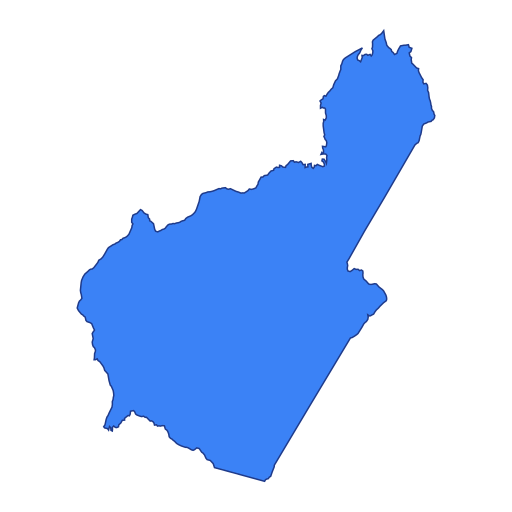 Alto Garças, Mato Grosso, Brazil (Equal Earth projection)
{"feature_id": "56859067B91016668393749", "entity_name": "Alto Garças", "entity_type": "district", "adm_level": 2, "iso_a3": "BRA", "parent_name": "Brazil", "parent_adm1": "Mato Grosso", "projection": "equal_earth", "projection_center": [-53.581, -16.842], "detail": "fine", "context": "isolated", "style": "filled", "palette": "blue", "viewbox_px": 512, "rotation_deg": 0, "n_neighbors": 0, "source": "geoboundaries", "source_scale": "gbopen_adm2", "svg_char_len": 5993}
<svg xmlns="http://www.w3.org/2000/svg" viewBox="0 0 512 512"><path d="M348.9,258.9L364.6,231.0L384.5,197.4L414.9,145.0L416.8,143.3L418.1,142.7L419.1,140.7L420.1,135.9L420.8,134.4L421.2,132.5L422.3,126.1L423.8,124.0L426.6,122.9L428.1,122.0L431.1,121.4L432.0,120.3L433.2,119.7L434.4,117.9L434.8,115.5L434.1,114.2L433.6,111.8L432.3,110.3L431.5,108.4L431.5,106.5L430.9,104.7L430.7,103.0L430.2,100.8L429.5,99.1L429.1,97.0L428.6,92.6L427.6,90.4L427.8,87.8L427.4,85.1L426.1,83.4L423.7,83.8L422.9,82.2L423.1,79.7L421.5,77.4L419.0,72.5L418.4,70.7L418.6,68.6L416.6,68.0L412.9,64.1L411.7,63.1L411.5,61.3L411.2,59.7L411.5,57.6L409.9,56.0L409.2,52.9L410.9,51.6L411.9,48.3L409.2,47.3L408.4,44.7L405.5,45.2L404.1,45.2L400.5,45.9L398.6,49.1L397.6,51.2L396.9,53.4L394.5,54.5L393.2,52.6L391.7,51.4L391.2,49.6L389.9,48.4L388.7,47.6L386.8,45.3L386.2,42.6L384.9,38.9L383.7,30.7L381.5,33.6L379.7,35.0L378.6,35.4L377.6,36.5L373.1,40.2L372.4,41.9L372.6,43.8L372.5,47.2L371.9,48.6L372.9,50.9L372.7,53.0L372.2,54.8L371.2,56.0L370.1,54.4L367.8,55.3L366.7,54.3L365.1,54.4L363.4,55.6L362.0,55.4L362.2,57.6L360.6,61.8L359.3,60.7L357.7,60.0L357.1,58.1L357.4,56.4L358.2,54.7L359.7,52.9L361.0,49.9L362.4,47.9L355.3,51.6L345.3,57.9L343.5,59.5L342.6,61.1L341.8,63.9L340.8,65.8L340.8,69.5L340.1,71.1L339.1,73.8L338.7,75.4L337.4,78.9L335.5,80.8L333.7,84.7L332.8,87.8L331.2,89.2L329.9,90.9L328.3,92.4L327.3,93.8L325.9,96.2L324.4,95.6L323.4,96.4L323.0,98.8L321.2,99.9L320.0,101.0L321.1,103.0L320.5,105.4L320.5,108.2L322.3,107.3L323.3,108.0L324.7,108.0L325.5,109.2L325.5,113.0L326.3,115.7L326.3,117.9L325.1,120.1L323.6,119.5L323.7,121.5L323.2,123.2L323.2,126.0L324.1,132.7L324.7,134.9L323.9,136.5L324.6,137.8L325.2,139.5L326.3,140.6L326.8,142.7L326.4,145.6L325.7,146.8L322.5,146.3L322.7,148.1L323.4,149.7L323.6,152.4L322.9,154.0L325.7,154.0L327.0,155.5L326.6,157.5L326.8,159.9L326.4,163.3L325.8,161.9L324.1,159.2L322.3,159.1L321.9,160.9L323.5,162.1L324.4,164.3L324.3,166.1L322.8,166.7L319.1,165.3L317.3,164.4L316.0,165.7L314.5,165.4L314.2,167.2L313.2,168.4L311.8,167.3L311.2,165.2L311.1,163.4L307.8,164.4L307.9,166.9L306.6,167.0L305.1,167.6L305.2,164.4L303.1,164.7L301.9,162.6L300.7,161.3L298.6,162.5L296.1,161.8L294.4,162.2L293.3,160.7L290.6,160.9L287.5,164.6L286.1,165.6L285.5,167.4L282.9,167.1L281.4,165.8L279.6,165.3L279.5,167.4L277.9,167.5L276.4,167.1L274.0,168.7L273.6,170.3L271.0,171.0L269.1,173.0L267.6,175.1L264.3,175.6L262.8,177.1L261.1,177.1L258.3,182.1L258.0,184.3L256.8,186.1L255.9,187.9L253.2,189.0L251.4,189.4L249.3,189.0L248.0,190.6L244.3,193.0L242.7,192.9L240.9,193.1L238.6,192.1L236.1,191.4L230.4,188.7L228.3,189.3L226.6,188.7L225.5,187.7L222.0,188.1L220.7,188.8L218.9,188.6L214.0,190.7L212.1,191.3L209.9,191.8L207.9,191.9L205.9,192.7L203.0,193.4L201.5,194.4L200.1,196.6L199.2,201.4L196.5,209.2L195.5,211.3L194.7,212.5L192.6,214.6L190.9,215.8L187.7,217.1L185.8,218.5L184.6,220.3L182.3,220.9L181.0,221.4L179.9,222.2L178.4,222.7L176.4,223.0L174.6,223.7L173.0,223.5L171.3,224.1L169.8,224.1L168.2,224.7L166.4,226.6L165.4,228.1L163.9,229.1L162.3,229.5L160.8,230.5L159.2,231.1L157.7,231.9L155.6,231.2L154.7,229.3L153.5,223.7L150.8,221.3L149.7,220.8L149.6,219.1L148.3,217.7L147.8,214.6L146.1,214.2L144.1,213.0L142.1,210.5L140.5,209.6L136.9,213.5L135.1,214.1L132.9,215.2L132.4,217.2L131.7,219.1L131.7,222.3L132.9,223.9L132.1,225.5L131.8,227.7L128.9,234.3L127.3,236.1L125.8,237.2L124.5,237.8L123.1,238.2L121.8,239.6L120.5,239.8L119.4,241.4L117.6,242.5L116.0,243.1L114.8,244.1L113.0,244.7L108.5,247.6L107.3,249.3L104.7,254.0L102.7,257.2L100.9,259.0L98.8,260.2L97.8,262.5L93.8,267.7L92.2,269.0L90.7,269.2L89.5,269.8L87.9,271.4L84.9,274.0L83.1,276.8L81.6,280.4L81.2,282.5L80.4,290.3L80.7,292.5L81.3,294.6L81.9,298.3L80.5,300.2L79.5,301.0L78.6,302.8L77.2,308.0L78.5,310.6L81.4,314.1L82.7,314.8L83.6,315.9L85.2,317.1L85.9,320.3L87.0,321.6L90.2,322.7L91.7,323.7L93.4,327.9L94.5,330.1L93.1,332.0L92.2,333.6L93.2,338.6L92.2,342.1L92.6,344.8L93.3,346.6L94.5,347.7L95.5,350.0L95.3,351.7L94.6,353.5L94.4,358.0L94.1,359.7L95.5,359.7L97.2,358.8L98.0,360.5L99.9,361.8L102.9,365.9L103.9,367.7L104.7,370.4L107.9,374.0L109.0,380.5L110.3,385.2L111.3,386.2L113.2,390.6L113.6,393.1L113.8,395.5L113.3,397.5L113.1,399.4L112.3,401.6L112.4,404.3L112.0,407.1L109.1,413.0L108.0,415.6L107.0,417.0L106.2,419.3L105.0,424.8L103.7,426.7L104.6,427.9L107.5,428.6L108.6,430.1L109.5,426.5L110.7,427.7L111.0,430.4L112.3,431.0L112.5,429.3L112.4,427.4L113.7,426.0L115.3,427.4L116.7,427.6L118.5,426.8L118.8,424.8L120.8,423.0L122.3,420.3L124.6,420.1L124.5,418.4L127.0,416.3L128.1,415.5L129.4,415.8L130.2,414.1L130.5,411.2L133.6,410.6L134.8,412.0L135.6,414.0L136.9,415.0L139.8,416.1L141.5,416.6L143.6,416.2L145.1,417.3L146.5,417.3L150.2,421.1L151.4,420.8L153.0,421.7L154.0,423.1L154.5,425.1L156.5,424.8L157.5,426.1L159.0,425.8L160.2,426.1L162.5,425.6L164.4,425.8L165.3,429.0L166.8,430.1L167.7,431.4L168.7,433.9L169.2,436.8L170.6,438.4L172.0,439.1L173.2,440.3L174.5,441.2L176.6,443.4L178.7,444.7L181.5,446.0L185.4,447.3L186.6,447.3L188.1,447.8L191.4,449.8L193.1,450.3L194.5,449.7L196.7,447.9L199.2,448.5L201.7,452.2L202.9,453.0L204.5,454.9L205.9,458.1L207.1,459.6L210.3,460.5L213.2,463.6L214.5,467.6L264.6,481.3L265.5,479.7L266.8,479.0L268.2,478.7L269.3,477.2L270.7,476.3L272.2,471.9L274.2,466.8L274.3,465.2L308.7,407.5L350.4,338.0L352.2,337.5L354.4,336.2L356.6,334.7L358.0,333.5L361.9,327.3L363.9,323.7L365.3,322.3L366.3,321.6L367.8,319.4L368.2,317.0L367.8,314.8L369.4,315.9L370.5,315.8L371.6,315.1L373.6,314.1L374.9,311.9L376.4,309.9L378.4,308.1L379.9,306.3L383.6,302.7L386.3,300.7L386.7,299.1L386.5,297.1L385.9,295.1L383.6,290.9L382.4,289.6L379.0,287.0L376.4,284.0L374.7,283.7L371.6,284.4L370.0,284.4L368.7,284.0L366.1,281.0L363.8,279.1L363.0,277.0L362.8,274.8L363.0,273.0L362.8,271.0L361.4,270.0L359.6,270.6L358.1,269.3L356.0,269.4L354.2,268.6L352.2,270.3L350.1,271.6L348.0,271.0L347.3,269.3L347.3,267.7L347.7,265.6L347.4,263.8L346.9,262.1L348.9,258.9ZM322.9,154.0L321.9,152.5L321.0,154.4L322.9,154.0Z" fill="#3b82f6" stroke="#1e3a8a" stroke-width="1.5"/></svg>